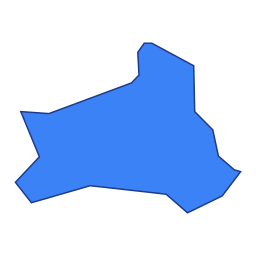 SVG path tracing the border of Walsall
{"feature_id": "GBR-5694", "entity_name": "Walsall", "entity_type": "Metropolitan Borough", "adm_level": 1, "iso_a3": "GBR", "parent_name": "United Kingdom", "parent_adm1": "", "projection": "robinson", "projection_center": [-1.949, 52.606], "detail": "fine", "context": "isolated", "style": "filled", "palette": "blue", "viewbox_px": 256, "rotation_deg": 0, "n_neighbors": 0, "source": "natural_earth", "source_scale": "10m", "svg_char_len": 371}
<svg xmlns="http://www.w3.org/2000/svg" viewBox="0 0 256 256"><path d="M15.4,182.3L39.4,156.8L20.8,111.6L48.9,113.6L131.5,82.9L139.0,75.0L137.8,52.3L144.3,43.2L151.8,43.2L193.7,65.8L194.7,111.6L212.8,129.9L218.4,156.1L234.1,169.7L240.6,171.7L222.2,195.9L187.5,212.8L166.1,194.2L90.1,185.7L31.4,202.7L15.4,182.3Z" fill="#3b82f6" stroke="#1e3a8a" stroke-width="1.5"/></svg>